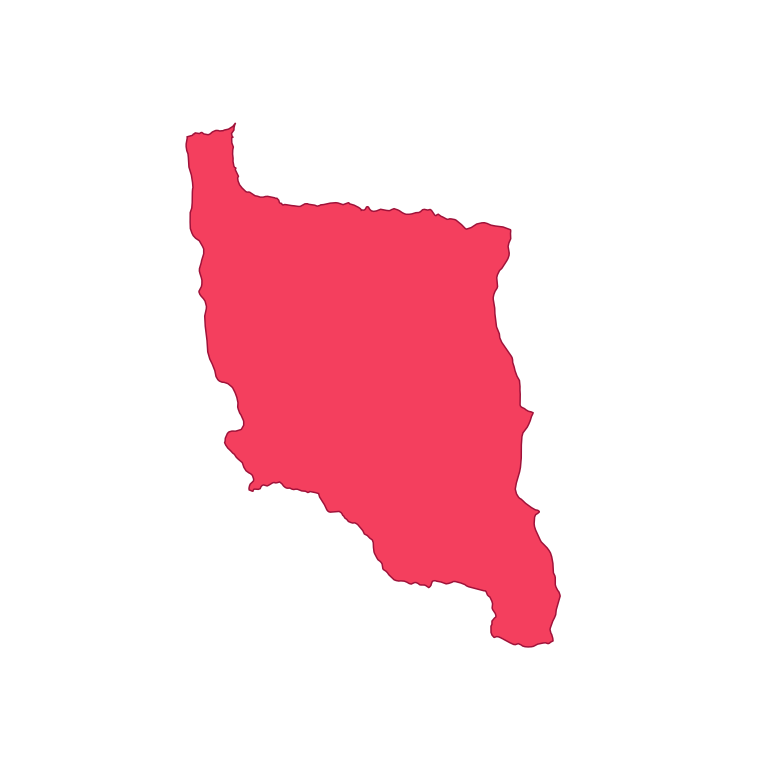 outline of Galán, Santander, Colombia, rotated 161°
{"feature_id": "7082276B89750880052970", "entity_name": "Galán", "entity_type": "district", "adm_level": 2, "iso_a3": "COL", "parent_name": "Colombia", "parent_adm1": "Santander", "projection": "natural_earth1", "projection_center": [-73.323, 6.674], "detail": "fine", "context": "isolated", "style": "filled", "palette": "rose", "viewbox_px": 768, "rotation_deg": 161, "n_neighbors": 0, "source": "geoboundaries", "source_scale": "gbopen_adm2", "svg_char_len": 6149}
<svg xmlns="http://www.w3.org/2000/svg" viewBox="0 0 768 768"><g transform="rotate(161 384 384)"><path d="M546.0,327.8L543.4,325.5L542.7,325.4L542.4,326.0L541.4,326.8L540.4,326.7L537.1,325.3L535.1,325.4L533.9,326.8L532.4,327.7L530.8,327.8L527.7,325.7L526.2,325.8L521.5,326.8L520.0,326.7L519.0,325.9L517.5,325.5L514.5,325.3L512.9,322.6L512.2,320.3L511.2,318.6L510.2,317.5L508.9,316.8L507.0,316.3L505.2,314.5L503.7,313.6L501.6,313.3L500.0,312.6L496.6,309.7L493.2,308.2L491.3,306.2L489.9,306.2L489.3,306.5L488.4,306.1L484.0,303.5L481.5,301.7L481.7,298.1L479.6,289.2L479.0,283.6L478.5,282.2L477.6,281.0L476.4,280.3L467.9,278.1L466.5,276.5L466.0,275.2L465.8,273.4L465.1,272.2L464.6,269.9L463.3,268.2L462.4,265.6L460.3,263.7L458.8,262.7L456.9,262.3L455.6,261.0L454.6,259.6L451.8,252.3L451.4,248.6L449.1,246.2L447.6,242.9L445.8,240.3L445.8,237.5L447.2,232.8L448.1,228.5L448.1,226.9L447.4,222.1L446.9,219.8L445.4,217.6L444.7,216.0L444.4,214.4L445.2,209.8L445.0,208.8L443.2,206.5L442.2,204.5L441.5,202.0L438.2,195.6L436.5,194.2L434.2,192.9L432.2,192.4L429.0,191.0L426.8,189.1L425.1,187.1L423.4,186.0L420.0,186.3L418.4,185.9L416.6,184.2L415.7,182.7L415.1,182.2L411.1,180.7L410.1,179.8L408.0,177.0L407.3,177.1L406.2,177.6L404.9,178.6L404.4,179.5L402.6,181.6L401.4,181.8L399.7,181.4L398.4,180.4L394.5,178.2L390.3,174.8L387.7,174.4L384.4,174.4L382.9,174.7L381.0,174.1L376.2,170.9L372.8,168.0L371.7,166.3L370.1,164.8L356.6,155.8L355.7,155.6L355.2,154.8L355.0,153.7L354.9,151.0L354.2,149.4L353.2,148.0L352.7,143.4L352.9,140.8L354.7,137.0L354.7,135.3L353.5,130.7L353.6,128.5L354.1,127.3L355.8,126.7L359.1,124.7L360.2,121.6L361.7,120.2L363.7,114.3L363.6,111.3L362.5,108.7L362.2,108.5L359.7,108.5L358.1,107.7L356.4,106.2L349.1,98.3L346.3,95.6L344.7,94.8L341.6,94.8L339.3,92.7L338.2,91.1L336.2,89.7L333.4,88.5L330.3,87.6L328.1,87.3L323.4,88.0L318.0,87.3L315.7,86.8L313.4,85.1L311.9,85.1L310.8,85.6L307.8,86.1L307.2,88.7L307.0,92.7L307.3,93.9L307.0,97.7L306.3,99.0L301.6,104.9L298.9,107.5L296.8,109.9L294.6,114.5L286.5,126.1L286.3,127.5L286.3,130.3L287.0,132.5L287.3,134.6L287.5,136.3L287.4,138.4L285.1,145.2L284.9,146.9L285.3,150.3L282.7,159.4L281.7,165.9L281.6,170.0L282.1,172.6L283.1,175.9L286.7,183.4L287.1,185.5L288.2,196.7L288.1,200.3L287.5,203.1L284.9,209.2L283.1,211.1L280.8,211.6L278.9,212.4L278.7,213.0L279.7,214.5L281.9,215.8L284.8,219.1L289.0,225.1L291.7,230.3L293.0,231.8L293.7,233.3L294.5,237.0L294.1,241.9L291.1,247.3L284.4,256.8L282.1,260.8L278.3,269.4L274.0,281.6L270.7,289.4L268.5,292.6L262.7,296.5L260.3,298.8L257.7,301.7L255.1,305.3L252.8,307.6L252.4,308.3L253.9,309.7L256.3,311.2L258.3,313.5L259.1,314.9L261.5,317.3L261.9,318.0L262.2,319.0L262.1,320.1L258.6,329.8L257.4,334.1L256.2,337.4L254.8,343.2L255.7,348.1L255.8,353.7L255.4,357.8L255.3,362.5L254.6,364.8L254.3,366.9L254.5,368.5L259.1,385.0L259.5,389.9L258.6,393.9L259.0,401.4L256.3,414.2L254.6,419.8L253.2,428.2L252.6,430.2L251.0,432.9L248.8,435.5L245.9,437.8L244.9,439.2L242.8,447.8L241.2,450.3L237.8,453.7L234.9,455.0L227.9,460.5L226.0,462.2L223.9,464.9L223.0,467.0L221.9,473.6L220.0,476.7L216.9,480.1L215.4,485.1L214.3,487.6L214.2,488.7L220.3,493.7L227.4,497.2L231.2,499.4L234.1,502.1L236.4,503.7L238.8,504.5L244.3,505.1L250.6,503.5L255.6,503.6L256.5,504.5L258.8,509.4L262.5,515.4L263.5,516.4L266.5,518.1L268.1,518.8L269.4,518.8L270.8,519.2L274.3,523.0L275.3,523.8L277.5,526.9L279.0,526.7L279.7,526.3L280.5,526.5L281.0,527.1L282.6,532.8L283.6,534.0L286.0,534.2L289.0,536.0L290.8,536.2L293.3,535.1L295.2,534.8L298.1,535.6L302.5,535.8L305.0,536.3L307.9,537.3L309.2,538.3L311.0,540.1L313.0,542.8L314.4,544.2L317.4,546.5L320.5,546.4L321.3,546.1L322.7,546.2L325.1,547.3L330.3,550.3L334.8,550.1L337.6,550.6L339.5,551.8L340.4,553.3L340.8,554.5L341.0,556.0L341.6,556.9L342.4,557.1L343.0,557.0L344.5,555.6L345.6,555.0L346.7,555.0L348.1,555.7L348.9,555.6L348.8,556.3L349.3,557.5L350.6,559.3L354.0,562.8L357.9,565.6L358.3,566.8L358.7,567.0L364.3,566.9L368.5,570.1L370.5,571.1L375.9,572.5L382.6,573.3L385.7,574.0L386.7,573.7L389.3,573.9L391.2,575.6L396.6,578.4L397.6,579.3L400.0,580.1L405.4,579.2L407.4,579.9L410.9,581.7L413.1,582.7L418.3,585.5L419.7,586.1L421.2,586.1L421.9,586.9L422.1,588.1L422.9,588.4L423.8,589.5L423.7,592.1L424.8,594.5L426.0,594.8L426.8,595.7L432.9,599.3L435.1,599.9L437.3,600.0L440.2,601.0L442.4,602.7L444.7,604.0L448.5,609.0L449.5,609.6L450.3,609.7L451.1,610.1L452.0,610.9L454.4,615.6L455.7,619.3L455.9,623.5L455.3,626.5L454.0,627.8L454.8,634.7L454.6,635.5L453.9,636.1L453.8,636.5L454.8,637.5L455.0,638.9L454.3,643.6L453.2,646.6L452.3,650.7L450.8,654.6L449.3,657.1L449.4,661.5L448.2,665.4L447.7,666.5L446.6,666.5L446.6,667.2L447.0,667.7L446.6,670.5L443.2,673.0L442.4,675.1L440.8,677.6L439.8,678.6L439.9,678.8L443.0,676.8L448.1,675.6L452.4,676.1L453.6,675.9L456.0,676.5L457.0,676.7L458.0,677.5L459.5,678.2L460.8,678.5L464.2,678.2L467.0,677.1L468.5,676.9L469.4,677.1L472.8,679.0L474.3,681.1L475.1,681.3L477.0,680.9L480.8,682.9L481.7,682.3L482.8,682.4L484.2,681.5L489.7,681.8L490.0,680.6L492.9,675.4L493.8,672.8L494.5,668.8L494.4,665.5L495.2,662.0L497.8,652.6L498.1,644.3L499.4,637.0L500.7,631.9L501.5,630.7L502.7,627.9L506.3,617.9L508.5,612.9L511.4,609.2L514.6,600.2L516.5,594.0L516.5,589.3L516.1,586.4L514.7,583.2L512.0,579.6L510.8,573.4L510.5,570.4L512.1,565.8L516.2,560.2L517.4,558.1L520.9,553.2L521.8,550.9L522.0,548.6L522.1,544.0L522.4,541.3L523.7,537.7L524.9,535.6L528.7,532.0L529.0,531.0L528.9,528.7L528.3,526.6L526.9,523.3L526.2,520.6L526.6,515.2L527.5,513.0L531.4,506.6L534.2,496.8L537.2,482.7L540.2,471.7L540.6,464.4L539.9,458.9L539.6,451.8L540.4,445.7L539.7,442.2L538.7,440.4L536.6,438.5L534.6,437.6L531.5,435.2L528.9,431.0L528.3,429.5L527.6,424.3L527.5,419.2L528.2,413.7L529.8,409.9L530.0,407.8L529.9,403.6L529.3,401.2L528.8,395.6L528.9,394.1L530.1,390.7L533.6,387.6L534.5,387.5L539.5,387.7L543.2,389.0L545.9,389.2L546.7,389.0L548.2,388.2L551.7,384.4L552.9,381.6L553.8,380.4L553.5,377.6L552.5,374.1L550.8,370.9L549.5,367.9L548.4,366.3L547.5,362.8L546.3,360.4L543.6,355.8L543.6,350.7L542.7,346.9L540.8,344.1L539.4,342.7L538.2,340.5L538.2,336.5L539.0,334.8L543.1,332.9L544.4,331.4L545.6,329.4L546.0,327.8Z" fill="#f43f5e" stroke="#9f1239" stroke-width="1.5"/></g></svg>